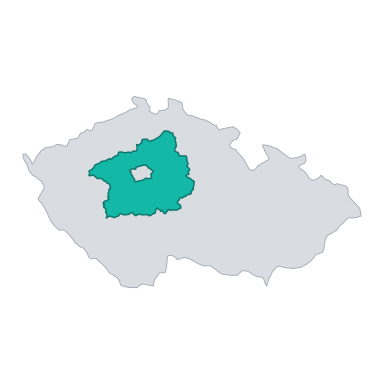 where Středočeský sits in Czechia
{"feature_id": "CZE-1596", "entity_name": "Středočeský", "entity_type": "Region", "adm_level": 1, "iso_a3": "CZE", "parent_name": "Czechia", "parent_adm1": "", "projection": "mercator", "projection_center": [14.499, 50.046], "detail": "fine", "context": "in_parent", "style": "filled", "palette": "teal", "viewbox_px": 384, "rotation_deg": 0, "n_neighbors": 0, "source": "natural_earth", "source_scale": "10m", "svg_char_len": 8916}
<svg xmlns="http://www.w3.org/2000/svg" viewBox="0 0 384 384"><path d="M361.0,216.1L359.7,216.3L356.8,217.4L353.1,217.9L349.1,217.6L346.0,219.7L343.1,223.1L340.1,225.4L338.5,227.5L337.5,229.6L327.3,235.7L325.9,238.2L324.8,241.6L324.3,246.2L323.6,250.4L321.8,252.6L316.3,254.5L314.9,255.5L313.9,257.6L310.8,260.8L307.1,263.9L300.5,267.4L293.3,268.5L284.0,267.4L278.6,266.0L275.9,267.5L272.3,272.1L268.4,280.0L266.8,285.9L265.5,284.2L263.3,277.9L260.8,277.1L257.3,276.5L254.7,275.6L249.1,272.0L246.3,270.9L243.0,270.6L239.8,272.7L237.4,275.3L230.0,275.2L221.9,274.1L210.3,265.7L207.2,265.6L204.0,266.0L198.9,264.0L189.1,258.6L184.5,257.4L181.6,258.1L178.9,259.3L177.0,259.5L175.9,257.7L172.2,255.5L168.6,255.3L167.5,256.6L166.3,268.5L165.0,272.8L160.0,272.6L158.2,274.6L154.2,280.4L153.4,285.9L146.5,284.8L143.3,283.9L140.4,284.6L137.2,287.6L128.3,287.4L121.2,285.6L118.2,278.8L115.0,276.1L110.9,273.7L109.5,273.1L107.2,269.4L103.0,264.8L96.1,258.5L90.7,258.8L88.8,257.1L87.9,254.8L85.7,250.7L83.1,247.9L80.1,246.8L75.7,243.3L69.8,235.4L64.5,230.0L59.3,230.1L56.0,227.3L52.7,223.6L50.2,220.0L46.4,211.2L43.6,206.2L41.4,203.1L39.0,200.5L38.1,198.4L41.1,193.7L42.2,191.4L43.5,189.6L44.2,187.7L44.2,186.3L41.5,181.7L37.8,178.3L32.4,174.9L29.0,170.6L27.7,166.6L27.3,164.5L24.9,161.5L23.0,157.2L23.0,154.6L23.5,153.9L25.3,153.9L27.3,155.6L30.1,159.1L32.4,164.0L33.9,162.1L36.5,156.8L41.2,150.8L46.1,147.4L50.4,147.1L53.9,146.2L56.9,144.4L62.1,145.1L65.8,146.4L67.0,145.6L68.5,142.5L69.5,139.8L77.7,138.2L80.6,133.0L82.2,133.0L84.0,132.2L85.8,130.2L87.4,129.4L88.8,130.4L90.5,131.0L92.3,129.8L95.1,123.8L96.6,122.8L103.8,121.9L113.7,118.4L118.7,115.2L123.6,113.5L128.9,110.4L137.3,107.5L137.7,106.2L133.8,103.2L132.5,101.2L131.6,99.3L133.0,97.1L134.8,96.4L137.2,97.3L144.2,98.6L146.1,99.9L146.8,103.0L148.6,105.9L150.0,106.2L149.5,110.9L151.8,112.7L155.0,114.1L157.2,113.8L158.7,111.9L159.3,110.6L163.7,110.4L168.0,108.4L168.4,105.2L168.1,99.1L168.6,98.3L175.2,100.0L181.9,102.7L182.8,108.7L184.6,111.7L186.7,114.4L188.7,115.6L192.1,115.8L201.2,119.3L205.5,120.1L210.0,122.5L213.7,125.0L216.4,125.6L217.7,128.3L219.4,130.2L222.3,128.8L233.2,126.7L237.1,129.4L239.7,132.3L240.1,133.2L238.7,135.7L238.0,137.7L236.9,139.0L233.2,140.3L231.1,142.6L229.6,145.0L230.6,147.3L233.6,149.1L235.8,149.5L236.6,151.2L243.5,158.8L248.9,168.7L251.0,170.2L253.0,170.6L255.4,169.1L258.0,165.9L261.2,163.6L263.9,162.4L268.6,159.7L268.8,157.9L264.9,151.2L262.6,145.7L263.1,144.8L268.2,145.6L276.7,148.6L289.9,158.3L292.3,158.3L296.9,157.6L301.9,156.0L304.3,154.2L305.2,154.8L306.0,160.2L304.7,163.1L298.7,165.9L299.0,167.3L300.6,169.1L303.3,170.3L306.5,173.8L308.8,177.7L310.8,179.5L313.0,180.4L318.4,178.3L320.0,176.6L320.7,175.4L321.7,175.7L323.6,177.6L324.2,178.8L329.5,180.9L332.6,183.6L334.6,184.9L336.7,183.7L345.1,185.8L347.4,187.6L348.2,190.6L347.8,192.4L349.1,197.0L359.7,208.2L360.8,213.9L361.0,216.1Z" fill="#d9dde1" stroke="#a8b0b8" stroke-width="1"/><path d="M193.2,187.9L193.2,189.4L193.1,189.7L192.9,190.0L192.2,190.3L191.7,190.9L191.3,191.7L191.1,193.3L191.0,193.6L190.8,193.9L190.5,194.1L190.1,194.3L189.4,194.5L188.1,194.3L187.8,194.4L186.0,196.0L184.3,196.7L182.2,197.9L181.8,198.0L181.5,197.9L180.9,197.5L180.6,197.5L180.2,197.6L179.8,198.1L179.6,198.3L179.3,199.6L178.8,200.2L177.7,201.6L177.5,202.0L177.3,202.5L177.4,202.9L177.6,203.2L179.9,204.9L180.2,205.2L180.4,205.6L180.7,206.3L180.8,207.1L180.7,208.1L176.8,210.0L175.3,210.2L174.5,209.9L173.1,209.8L171.9,210.2L171.2,210.3L170.6,210.2L168.7,209.4L168.0,209.4L167.8,209.7L167.8,209.9L167.9,210.5L167.7,210.9L166.8,211.4L166.6,211.6L166.5,211.9L166.2,212.5L166.0,212.9L165.4,213.4L164.7,213.6L164.2,213.4L163.8,212.9L163.5,212.6L163.1,211.5L162.8,211.3L162.2,211.0L161.2,211.2L160.7,211.2L160.4,211.0L160.4,210.3L160.2,210.0L159.9,209.8L158.5,209.3L158.2,209.2L157.4,208.2L157.2,208.2L157.0,208.3L156.4,208.8L156.0,209.3L155.7,209.9L155.6,210.4L155.5,212.4L155.2,212.9L154.5,213.4L152.8,213.8L152.5,214.0L151.8,214.7L150.6,215.5L150.0,215.6L149.5,215.7L148.3,215.5L148.2,215.4L148.2,215.2L148.2,214.8L147.6,214.6L142.1,214.8L141.1,214.7L140.3,214.3L139.6,214.1L138.6,214.2L136.2,215.5L135.3,215.6L135.0,215.4L134.7,215.2L134.2,214.4L133.4,214.1L133.2,213.8L133.0,213.3L132.9,213.1L132.0,212.8L131.2,212.8L130.4,213.0L129.3,214.1L128.3,214.5L125.3,214.8L124.0,214.8L123.4,214.6L122.4,214.5L122.1,214.4L121.5,213.9L121.0,213.6L120.6,213.6L120.3,213.7L119.7,214.0L119.4,214.2L119.1,214.8L118.9,215.6L118.6,215.9L116.2,216.7L114.6,217.5L114.1,217.6L113.7,217.6L112.5,216.8L111.9,216.6L110.8,216.6L110.5,216.5L110.0,216.1L109.7,216.0L109.4,216.1L106.5,217.8L106.5,217.1L106.9,215.9L107.0,215.2L107.0,214.7L106.9,214.2L106.1,213.1L105.9,212.7L105.8,212.3L105.7,211.5L105.8,209.6L105.7,209.1L105.5,208.7L105.1,208.2L104.0,207.6L103.8,207.3L103.7,206.7L104.2,206.0L104.2,205.8L104.2,205.6L104.1,205.4L103.4,205.0L103.4,204.9L104.1,204.4L104.2,204.2L104.2,203.9L103.4,203.2L103.2,202.9L103.3,202.5L103.6,202.2L104.2,201.6L104.8,201.2L105.4,201.0L106.9,200.6L107.2,200.4L108.9,198.7L109.0,198.3L109.0,198.1L108.9,197.8L107.9,197.3L107.9,197.1L107.9,196.6L108.5,194.5L108.5,194.1L108.3,193.3L108.3,192.8L109.0,191.0L109.0,190.4L109.0,189.4L109.2,189.0L110.1,188.8L110.5,188.7L110.6,188.3L110.5,187.9L109.9,185.9L109.9,185.2L110.0,184.9L109.8,184.6L109.4,184.1L106.7,182.8L106.6,182.1L106.4,181.8L106.0,181.6L104.4,181.1L104.1,180.9L103.8,180.7L102.4,179.2L101.5,178.7L100.5,178.4L100.0,178.4L98.2,178.6L97.3,178.5L96.9,178.2L94.5,175.9L93.6,175.4L92.8,175.3L92.1,175.0L91.6,175.1L90.5,175.6L90.0,175.8L89.5,175.8L89.2,175.6L89.0,175.4L89.0,175.1L89.6,173.7L89.6,173.3L89.6,173.0L89.0,171.4L89.5,170.6L90.1,170.3L90.9,170.1L91.4,169.9L92.7,168.6L93.3,168.2L93.8,167.6L94.2,166.4L94.9,165.3L95.2,165.0L95.8,164.7L98.7,163.5L100.9,162.1L101.3,161.6L101.9,161.2L102.3,161.1L102.8,161.1L103.7,161.4L103.9,161.4L104.8,161.1L109.6,158.6L110.0,158.6L111.1,159.2L111.5,159.1L112.0,158.7L112.9,157.6L115.9,155.7L116.4,155.5L117.5,155.5L117.9,155.4L118.2,154.9L118.3,154.6L118.2,153.5L118.3,153.1L118.4,152.8L118.6,152.4L119.0,152.2L119.6,152.1L121.7,152.0L122.9,152.3L124.1,152.7L125.1,152.8L129.1,152.1L130.7,152.8L131.3,152.5L132.8,151.3L133.2,151.2L134.6,151.1L135.5,151.2L135.9,151.1L136.3,150.9L136.7,150.3L137.0,149.5L137.3,149.0L137.3,148.8L137.3,148.5L137.0,147.4L137.1,146.7L137.0,146.4L136.7,145.0L136.7,144.7L136.9,144.6L137.3,144.7L138.0,145.0L138.5,145.1L139.2,144.7L140.7,143.4L141.4,143.0L141.7,142.0L141.8,140.9L141.9,140.3L142.3,139.7L142.6,139.5L143.1,139.3L145.4,139.2L146.3,139.4L147.1,139.3L147.4,139.4L147.7,139.5L147.8,139.7L147.9,139.9L148.0,140.6L148.1,141.0L148.3,141.1L148.7,141.2L149.6,141.1L154.1,139.9L156.1,138.6L157.9,137.7L159.0,136.8L160.2,136.0L160.6,135.7L161.0,135.2L161.7,133.9L162.0,133.5L163.1,132.6L164.1,131.1L164.4,131.0L164.6,131.0L165.1,131.2L165.5,131.2L166.5,130.9L166.8,130.9L167.3,131.3L167.7,131.5L168.9,131.4L169.2,131.5L169.4,131.7L170.7,133.1L171.1,133.2L171.4,133.3L172.7,133.0L173.1,135.3L173.7,136.3L175.5,137.9L175.6,138.2L175.5,138.5L175.2,139.0L175.0,139.4L175.0,140.1L175.1,140.5L175.5,141.1L175.7,141.9L176.2,145.0L176.2,145.8L176.1,146.4L176.0,146.9L175.5,147.7L175.1,148.3L174.8,149.3L174.7,150.4L174.8,151.0L174.9,151.3L177.5,152.4L178.2,152.9L178.6,153.6L178.8,154.2L178.9,155.1L179.1,155.6L179.4,155.9L180.0,156.0L181.3,155.8L181.7,155.8L183.1,156.1L185.2,155.9L185.5,155.9L185.9,156.0L186.3,156.4L186.5,156.9L186.6,157.3L186.8,158.7L186.8,159.7L187.0,160.4L187.2,161.2L187.9,163.4L188.0,163.9L187.9,164.4L187.7,164.7L186.9,165.5L186.8,165.8L186.8,166.2L187.0,166.6L187.8,167.2L188.7,168.1L189.4,169.1L189.6,169.6L189.6,169.9L189.4,170.1L188.6,170.9L188.5,171.2L188.4,171.4L188.4,171.8L188.7,173.4L188.6,174.5L188.1,174.5L187.1,174.7L186.2,175.2L185.9,175.5L186.5,176.5L186.9,176.8L188.1,177.6L189.8,178.2L190.1,178.4L191.9,180.1L192.3,180.4L193.0,180.6L193.4,180.8L193.7,181.1L194.2,181.7L194.3,182.1L194.0,183.0L193.9,184.8L193.8,185.3L193.3,187.3L193.2,187.9ZM148.3,178.6L150.1,178.5L151.2,178.2L151.5,177.7L151.6,177.3L151.5,177.1L151.2,176.1L151.3,175.4L151.2,175.2L150.9,174.4L150.9,174.2L151.1,173.8L152.5,172.5L152.9,171.9L153.1,171.6L153.1,171.4L153.0,171.0L152.8,170.6L152.5,170.4L151.5,170.0L151.1,169.8L150.8,169.4L150.3,168.6L150.1,168.5L148.3,167.9L148.1,167.5L147.9,167.0L147.7,166.7L147.1,166.3L146.3,165.4L146.1,165.3L145.2,165.0L142.7,165.3L136.1,167.2L135.9,167.4L135.8,167.6L135.8,167.8L135.9,168.7L135.8,168.9L135.6,169.1L135.4,169.2L135.1,169.3L134.8,169.3L133.6,168.8L133.0,168.8L130.6,169.6L129.7,170.2L129.5,170.4L129.5,170.7L129.7,171.0L130.6,171.6L131.0,172.0L131.1,172.3L130.8,173.2L130.8,173.6L132.3,175.6L132.6,176.1L132.8,177.0L133.1,177.5L134.5,179.2L134.7,179.8L134.6,181.1L134.7,181.6L135.0,181.9L135.7,182.0L137.8,181.2L141.4,180.5L143.6,179.8L143.9,179.6L144.7,179.0L145.5,178.4L146.0,178.2L146.4,178.2L147.4,178.5L148.3,178.6Z" fill="#14b8a6" stroke="#0f766e" stroke-width="1.5"/></svg>